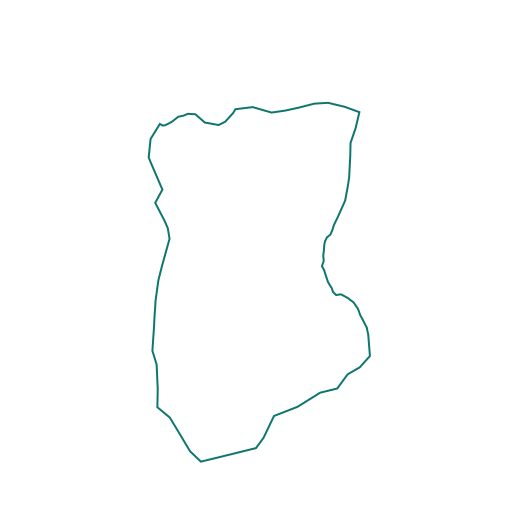 outline of Tandjile Ouest, Tandjilé, Chad, rotated 328°
{"feature_id": "50815135B85738495348243", "entity_name": "Tandjile Ouest", "entity_type": "district", "adm_level": 2, "iso_a3": "TCD", "parent_name": "Chad", "parent_adm1": "Tandjilé", "projection": "robinson", "projection_center": [15.838, 9.374], "detail": "fine", "context": "isolated", "style": "outline", "palette": "teal", "viewbox_px": 512, "rotation_deg": 328, "n_neighbors": 0, "source": "geoboundaries", "source_scale": "gbopen_adm2", "svg_char_len": 1366}
<svg xmlns="http://www.w3.org/2000/svg" viewBox="0 0 512 512"><g transform="rotate(328 256 256)"><path d="M154.2,418.9L166.0,414.2L186.5,401.2L211.4,405.9L237.9,405.9L254.7,411.4L271.0,404.9L284.9,405.4L299.6,401.2L309.6,382.0L311.5,376.5L311.9,376.2L312.1,374.0L312.3,371.3L312.7,367.0L313.1,361.0L314.1,356.9L314.5,354.3L314.1,346.8L312.9,343.8L311.8,340.7L309.9,337.2L307.7,333.5L303.2,331.5L302.3,327.3L303.2,323.3L303.2,318.3L303.3,316.0L304.8,309.8L306.3,303.9L306.5,299.6L310.8,296.1L313.3,291.2L316.2,287.7L320.0,282.5L322.2,280.2L326.0,277.8L330.4,277.3L334.7,274.3L338.5,271.0L345.7,266.5L349.9,263.7L360.9,256.3L370.1,246.3L376.5,238.9L388.4,221.9L396.1,210.2L408.2,200.4L419.9,188.8L410.3,176.5L398.3,164.3L386.2,157.7L370.5,152.7L357.9,148.2L345.2,142.6L332.1,128.0L316.3,120.6L312.2,122.7L301.1,125.8L297.4,125.5L293.7,125.1L284.9,117.1L283.3,115.7L279.7,103.7L273.6,99.3L269.0,98.6L263.8,96.7L255.8,97.6L250.3,97.2L248.0,96.9L246.1,96.0L244.4,93.1L228.6,100.9L217.2,115.6L217.0,117.1L216.4,120.1L211.8,150.1L198.7,157.5L197.2,177.0L196.1,184.5L195.9,185.8L191.8,195.6L173.0,212.8L171.2,214.4L169.8,215.8L167.6,217.9L160.6,224.6L159.3,226.1L146.9,241.0L143.8,245.4L138.3,252.9L133.0,260.6L117.9,281.5L114.2,295.4L101.9,317.2L92.2,332.0L97.3,347.3L97.0,366.9L96.6,386.8L100.3,401.2L154.2,418.9Z" fill="none" stroke="#0f766e" stroke-width="2"/></g></svg>